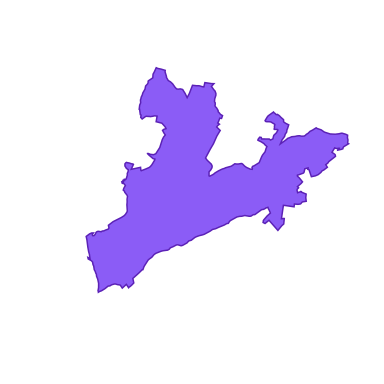 Faragau, Mures, Romania (Natural Earth projection), rotated 305°
{"feature_id": "2599482B54429435544126", "entity_name": "Faragau", "entity_type": "district", "adm_level": 2, "iso_a3": "ROU", "parent_name": "Romania", "parent_adm1": "Mures", "projection": "natural_earth1", "projection_center": [24.539, 46.758], "detail": "fine", "context": "isolated", "style": "filled", "palette": "violet", "viewbox_px": 384, "rotation_deg": 305, "n_neighbors": 0, "source": "geoboundaries", "source_scale": "gbopen_adm2", "svg_char_len": 6104}
<svg xmlns="http://www.w3.org/2000/svg" viewBox="0 0 384 384"><g transform="rotate(305 192 192)"><path d="M315.8,256.9L311.8,255.2L309.4,253.9L306.6,253.4L304.9,252.6L303.2,252.3L302.2,251.8L301.5,251.0L300.6,249.8L299.7,247.7L298.2,245.9L296.7,244.6L294.5,242.0L292.2,240.6L291.0,239.7L288.0,238.9L282.1,236.8L286.4,235.9L290.6,236.0L292.8,235.2L295.3,235.2L297.4,234.1L298.6,233.9L302.5,232.7L302.0,229.4L302.0,227.1L302.1,226.7L303.7,225.6L303.8,225.3L304.2,221.7L304.6,219.9L304.6,217.7L304.4,217.7L304.3,217.3L303.7,216.6L304.0,214.8L304.0,213.6L304.3,212.9L298.1,210.7L296.6,210.6L292.4,210.9L292.0,211.7L292.1,212.1L292.5,213.0L294.0,215.2L294.6,216.4L294.9,220.7L294.6,221.3L293.2,221.7L292.3,222.5L290.6,223.2L290.5,223.5L292.1,225.8L291.9,226.1L292.1,226.7L291.8,226.9L288.9,227.2L285.4,226.5L284.1,226.9L281.9,227.8L279.6,226.5L279.7,224.9L275.4,218.6L276.3,217.6L276.4,217.3L275.7,216.0L273.0,215.9L272.2,216.3L272.8,220.0L272.9,223.3L272.5,224.6L272.2,227.3L269.8,227.8L266.9,228.8L262.8,228.6L260.9,228.8L254.6,230.2L249.0,227.8L247.9,227.0L246.6,227.0L246.2,227.6L246.6,228.0L246.0,227.8L245.1,228.3L244.2,226.7L243.4,222.7L243.4,220.2L243.9,217.6L243.9,216.5L243.6,216.0L241.4,213.8L240.5,212.5L239.7,210.9L235.7,209.4L231.1,205.6L229.6,204.8L229.0,204.2L227.5,203.2L224.4,201.5L220.8,199.9L218.8,199.4L215.7,197.8L215.1,197.3L215.0,196.7L218.3,194.4L220.5,194.7L223.0,194.5L224.1,194.1L225.0,193.4L225.9,191.8L226.7,186.4L227.6,183.6L237.4,182.4L243.8,181.9L252.0,180.3L258.6,179.8L259.4,174.9L261.1,174.9L263.3,175.6L263.3,173.5L265.0,173.3L268.4,172.4L269.2,174.0L272.1,173.2L271.9,170.8L272.6,168.4L272.7,167.5L273.7,166.7L274.0,166.1L275.0,163.9L275.3,162.3L275.9,161.3L276.7,161.0L278.3,159.9L278.6,159.4L278.8,158.7L279.1,158.5L281.3,157.2L284.9,156.1L286.4,155.1L287.9,153.0L288.3,151.2L289.6,147.4L293.3,147.8L292.0,145.8L289.0,139.8L284.9,141.4L284.1,139.8L283.3,137.3L282.5,135.9L281.9,135.2L279.7,131.2L271.2,133.3L266.5,133.9L268.8,129.8L270.3,126.2L270.5,126.0L270.5,125.1L269.7,123.2L268.3,121.7L267.6,120.2L268.1,117.9L269.5,114.1L269.9,111.2L269.7,108.6L271.3,105.2L272.0,104.8L275.0,101.0L276.3,100.3L274.9,96.1L273.6,93.1L273.3,91.4L268.3,92.3L266.2,92.5L263.0,94.4L258.1,92.5L257.6,92.5L256.5,93.3L255.1,93.6L252.2,93.2L249.3,94.5L244.9,94.9L243.0,95.6L240.5,96.0L239.5,96.5L237.8,97.0L235.6,98.8L233.2,99.3L229.6,101.2L229.8,101.5L225.7,105.3L225.8,106.2L223.7,107.2L223.2,109.3L227.1,110.6L227.9,111.2L228.6,112.5L229.5,113.8L229.7,114.5L231.5,116.4L233.0,117.7L234.1,119.9L229.0,122.3L231.1,127.9L230.1,132.2L229.4,133.8L229.0,134.4L227.3,133.0L225.6,132.5L224.2,135.2L223.4,137.4L220.7,137.2L217.9,137.6L209.9,140.1L202.6,140.4L200.5,139.1L200.3,138.7L199.0,136.3L198.4,133.9L198.0,133.5L197.9,133.6L197.5,135.8L197.0,141.1L197.7,142.7L196.9,143.1L191.3,143.5L189.1,143.3L187.6,142.9L184.3,140.9L180.3,138.2L180.3,137.9L181.2,137.0L182.7,135.7L175.7,129.2L181.0,128.2L181.1,127.5L180.5,126.5L179.7,123.8L178.9,122.2L178.8,121.5L178.2,121.1L176.7,120.9L175.4,121.7L174.6,122.5L174.3,123.5L173.7,124.7L173.7,127.0L172.9,127.5L171.8,128.0L170.1,128.3L168.6,129.4L165.5,130.4L164.5,130.5L163.7,129.4L163.0,130.1L162.5,129.0L161.3,130.0L160.9,130.1L160.9,129.8L161.5,129.2L161.4,128.9L160.7,128.9L160.1,128.6L159.1,129.9L159.2,130.2L159.7,130.8L159.8,131.3L159.1,133.7L155.9,134.0L154.1,134.6L153.9,136.3L153.2,137.1L152.1,140.7L151.4,141.7L148.9,142.9L146.6,144.6L144.2,146.0L139.3,149.9L138.2,150.2L135.5,150.3L133.6,150.0L130.5,148.7L122.5,144.4L116.8,142.6L114.9,144.6L113.4,144.6L111.7,143.3L109.5,142.0L108.5,140.8L107.5,140.5L107.2,140.1L106.2,138.0L105.6,137.3L104.8,136.8L103.8,136.6L101.6,137.0L100.0,136.7L99.3,135.8L99.5,135.2L100.2,134.6L101.9,134.7L100.8,133.2L98.9,132.1L94.9,130.8L92.6,133.3L87.2,138.2L83.9,141.5L82.1,143.7L79.3,146.3L79.1,146.5L78.7,144.2L77.6,145.4L78.0,149.0L77.6,150.7L75.7,152.6L75.0,153.9L72.3,156.5L71.3,158.5L70.4,159.6L69.8,160.8L68.2,162.2L66.6,164.7L63.6,167.9L60.1,170.3L57.1,171.7L56.8,172.3L56.2,172.8L57.6,173.4L59.1,174.5L62.8,176.1L66.9,177.3L68.0,178.6L69.9,179.4L72.1,181.2L72.7,182.0L73.4,184.1L74.5,186.3L74.5,186.9L73.3,190.0L78.7,191.2L77.2,195.0L78.4,195.1L79.0,195.5L81.0,196.0L84.1,196.5L87.3,193.1L95.0,194.9L99.8,195.8L100.1,196.3L100.4,196.3L103.2,195.5L104.3,195.4L111.1,195.1L112.7,195.5L115.5,196.5L119.0,196.8L121.1,197.6L125.8,200.7L127.3,202.0L130.4,205.4L132.1,206.2L133.9,206.3L136.4,207.9L139.5,209.5L140.3,210.2L140.7,210.9L141.7,213.9L142.9,214.9L147.4,217.1L150.0,217.4L152.1,219.1L156.4,220.4L157.7,221.1L160.3,222.9L162.9,225.2L164.4,226.3L170.1,229.2L173.1,230.3L175.5,232.4L178.4,234.1L183.5,237.4L186.1,238.6L187.1,239.7L189.4,239.6L190.7,239.9L197.3,243.1L199.2,244.8L200.7,246.7L203.0,248.7L205.0,252.9L205.8,253.9L206.5,254.4L207.5,254.7L208.8,255.4L209.4,256.3L209.7,256.5L217.6,259.2L218.5,260.3L219.9,261.2L221.3,261.7L223.0,263.0L221.9,264.5L221.5,265.5L219.7,268.3L215.5,267.3L210.5,266.8L209.7,266.8L209.0,267.0L208.4,267.5L207.8,267.7L208.1,269.9L213.0,271.3L209.8,284.4L216.0,284.9L218.4,285.5L223.2,282.8L222.5,281.7L222.0,281.4L221.4,280.6L233.5,274.5L234.5,276.3L238.4,284.1L240.9,282.8L242.7,285.9L244.3,287.6L245.0,287.9L246.4,287.9L247.3,288.2L249.9,290.9L252.7,288.4L255.8,286.7L254.6,281.6L254.6,281.4L255.0,281.3L254.9,280.8L254.3,280.6L252.0,278.9L253.8,276.9L254.7,276.6L256.6,276.9L256.9,275.3L261.6,276.5L263.7,276.7L265.1,271.8L265.4,269.4L265.8,268.9L266.3,268.7L266.4,268.9L271.2,272.3L271.9,272.5L272.6,272.4L275.7,271.1L278.3,273.2L277.0,273.9L277.4,274.5L277.2,275.3L273.0,281.0L276.0,283.8L278.6,285.4L282.1,286.4L283.2,286.3L284.3,286.6L285.5,287.3L289.9,288.7L291.1,285.9L293.7,286.7L295.3,286.6L303.5,289.1L304.6,288.0L304.8,287.1L304.8,283.9L310.0,283.6L310.2,284.6L310.8,285.9L311.6,286.6L312.3,287.6L312.0,287.7L311.3,287.2L310.7,287.1L309.9,287.4L312.6,289.9L313.9,290.8L315.1,290.3L316.1,290.3L321.3,292.6L321.2,291.8L321.3,291.5L324.1,289.9L325.6,288.2L327.8,286.9L327.5,284.9L326.3,281.3L325.7,280.5L324.0,279.0L321.5,276.2L318.8,271.9L317.0,266.1L317.0,262.1L315.8,258.1L315.8,256.9Z" fill="#8b5cf6" stroke="#5b21b6" stroke-width="1.5"/></g></svg>